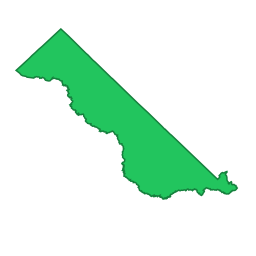 Poptún, Petén, Guatemala, rotated 224°
{"feature_id": "79465075B98225728966625", "entity_name": "Poptún", "entity_type": "district", "adm_level": 2, "iso_a3": "GTM", "parent_name": "Guatemala", "parent_adm1": "Petén", "projection": "robinson", "projection_center": [-89.691, 16.335], "detail": "fine", "context": "isolated", "style": "filled", "palette": "green", "viewbox_px": 256, "rotation_deg": 224, "n_neighbors": 0, "source": "geoboundaries", "source_scale": "gbopen_adm2", "svg_char_len": 5773}
<svg xmlns="http://www.w3.org/2000/svg" viewBox="0 0 256 256"><g transform="rotate(224 128 128)"><path d="M106.7,98.0L106.7,98.3L106.2,98.6L105.3,98.2L105.0,98.5L104.5,98.0L104.6,97.7L104.1,97.4L104.5,97.1L103.8,96.7L103.8,96.1L103.0,95.9L103.0,95.5L103.5,95.4L103.2,94.9L102.6,95.4L102.4,95.3L102.4,94.1L101.8,94.8L101.6,94.8L101.4,94.5L101.7,94.0L101.2,93.6L101.0,94.0L100.8,93.5L100.6,93.7L100.6,93.0L99.7,92.7L99.3,93.2L98.6,93.1L98.4,92.6L98.7,92.0L97.4,90.6L96.9,91.1L95.6,91.0L95.3,91.4L94.7,91.5L93.1,91.3L92.1,91.8L90.8,91.3L90.3,92.5L89.7,91.8L89.2,91.6L87.6,92.9L86.9,93.0L86.3,92.4L86.1,92.6L86.4,93.2L85.4,93.3L85.0,93.8L84.2,94.0L83.2,93.9L82.6,93.4L82.1,93.8L81.4,93.7L80.9,94.0L80.0,93.6L79.6,93.7L79.5,92.4L79.1,92.4L78.9,92.6L76.4,91.2L75.0,91.5L74.9,92.0L74.1,92.1L73.9,91.6L72.4,91.9L71.9,92.1L71.7,92.7L71.4,92.8L71.3,92.3L70.5,92.2L68.9,94.2L68.1,94.0L67.4,94.7L67.0,94.6L66.0,95.2L65.3,94.8L64.7,95.1L64.3,94.9L63.7,95.0L63.2,96.5L62.6,96.4L62.8,97.2L62.6,98.0L62.1,98.0L61.4,97.0L60.9,97.7L61.3,98.0L61.2,98.3L60.5,98.7L60.3,99.2L59.2,99.0L59.2,99.9L58.7,100.4L58.4,101.2L58.3,100.7L57.7,100.5L57.4,101.3L57.2,101.4L56.8,100.7L56.6,100.7L55.8,101.6L55.4,101.3L54.5,101.6L53.6,101.2L53.4,101.4L53.5,101.8L52.8,101.9L52.9,103.5L52.6,103.6L52.2,103.1L51.4,103.5L51.5,104.0L52.1,103.7L51.9,104.5L51.0,104.8L51.2,105.2L51.5,105.0L51.7,105.3L51.4,105.6L51.6,106.3L51.4,106.4L51.3,106.0L51.1,105.9L50.8,106.4L51.0,106.9L50.8,107.2L50.4,107.6L49.9,107.5L50.0,108.4L50.5,108.3L51.0,108.7L50.8,109.2L51.2,109.9L50.4,110.8L50.5,111.9L50.1,112.4L50.4,112.8L49.7,114.0L50.0,115.5L49.6,115.5L49.4,114.9L49.3,115.0L48.3,118.6L47.1,118.9L46.7,119.4L46.5,120.2L45.2,121.3L44.7,122.4L44.1,123.1L43.6,122.9L42.9,123.0L42.7,123.8L42.9,124.4L42.9,125.0L42.6,125.6L42.1,125.9L41.1,125.6L40.4,127.0L39.4,127.2L38.7,128.4L38.4,128.5L38.1,128.2L37.9,130.3L37.7,130.4L37.0,130.3L36.7,130.9L36.4,131.1L35.7,130.9L35.3,131.2L34.8,131.1L34.4,130.4L33.5,130.0L32.1,130.1L31.5,129.8L31.1,130.1L31.4,130.5L31.2,130.7L29.6,130.1L28.3,130.6L28.4,131.0L28.1,131.9L28.5,132.3L29.0,135.4L29.3,135.7L30.6,135.5L30.5,136.5L30.7,137.2L30.2,137.7L30.1,138.7L30.3,139.2L30.1,139.6L28.8,139.9L28.5,140.3L27.7,140.4L27.4,140.8L26.6,140.9L26.5,141.4L25.8,141.2L25.7,140.9L25.4,140.9L24.9,141.8L24.3,142.1L24.2,142.7L23.1,143.5L22.3,143.7L22.0,144.4L21.3,144.6L21.3,145.4L20.8,146.1L20.3,146.0L19.7,146.7L19.0,146.6L18.2,147.3L17.8,147.1L17.9,146.8L17.0,147.1L15.6,146.9L15.0,148.1L14.4,148.2L13.9,147.7L13.3,147.8L13.2,148.5L12.5,148.3L11.0,149.2L10.2,150.4L9.8,150.5L9.6,152.6L9.8,153.4L9.3,154.0L9.3,154.8L9.6,155.1L9.5,155.6L8.5,156.4L7.7,157.5L7.5,158.7L7.7,160.7L8.5,160.7L8.8,161.0L9.4,160.7L10.4,161.6L11.6,160.9L12.6,161.0L13.5,159.7L14.1,159.5L15.9,161.0L16.4,161.1L16.6,160.5L16.5,157.9L17.2,157.8L17.7,158.8L18.9,158.7L20.5,159.2L22.6,161.2L23.9,162.0L24.5,162.1L25.3,162.0L26.1,163.3L26.0,164.7L26.6,165.4L26.9,165.0L26.9,164.4L27.4,164.0L27.6,162.5L28.1,162.0L28.9,161.8L29.5,160.5L29.5,159.4L29.3,159.0L29.4,157.1L29.2,156.9L28.4,156.9L27.8,156.2L27.7,155.8L28.0,154.5L27.8,153.9L27.8,153.3L91.8,153.0L93.6,152.8L100.6,152.9L100.8,152.6L104.9,152.8L124.3,152.9L137.8,152.6L173.8,152.7L174.1,152.5L197.2,152.6L200.8,152.4L207.7,152.7L209.9,152.5L233.9,152.8L245.1,152.6L246.5,126.4L246.9,122.6L247.1,117.2L247.4,113.6L247.4,109.8L248.5,91.7L243.8,92.2L242.0,91.9L240.1,92.4L237.2,94.3L236.0,94.4L230.7,98.3L230.4,98.6L230.6,99.6L229.9,100.3L229.7,101.1L229.4,101.5L228.6,101.8L227.6,102.8L226.7,102.9L226.0,102.5L225.2,103.7L224.8,103.8L224.7,105.0L222.6,105.7L222.0,105.7L221.6,105.2L220.5,105.1L219.9,105.5L219.3,105.7L219.1,106.1L218.5,106.2L217.6,106.9L216.9,107.8L216.9,108.7L217.0,109.1L216.6,110.1L217.2,110.9L217.1,112.0L216.7,111.6L216.3,111.5L215.3,112.9L214.4,113.1L213.8,113.8L213.4,113.6L212.9,113.9L212.8,114.3L211.9,114.6L211.7,115.2L210.7,115.0L209.4,115.1L208.0,116.1L207.8,116.0L207.4,115.2L205.3,114.2L204.9,113.5L204.1,114.2L203.5,113.9L202.8,115.5L202.2,114.9L200.7,116.1L199.9,115.2L199.3,115.6L198.7,114.7L197.5,114.9L197.1,114.8L197.2,114.3L198.1,113.0L198.1,112.6L196.3,112.7L195.5,111.8L194.5,111.9L194.5,110.2L194.1,109.6L193.1,109.2L192.4,109.3L192.1,109.6L191.2,109.2L190.8,109.4L190.6,110.7L190.4,110.8L189.9,110.5L189.0,110.3L189.2,109.6L189.0,109.1L188.0,108.8L186.5,109.0L185.9,107.9L186.0,106.6L185.9,105.9L185.1,105.8L185.2,104.9L185.8,104.7L185.9,104.3L185.3,104.3L184.9,103.8L184.4,103.7L183.5,104.3L182.6,103.1L181.1,103.3L179.9,103.1L178.9,103.8L178.7,104.3L178.4,104.4L177.9,103.9L177.1,104.2L177.1,103.4L176.8,103.0L173.6,102.5L173.4,102.9L174.0,103.7L174.0,104.2L173.7,104.3L173.1,103.2L172.4,103.0L172.1,104.1L170.8,105.2L170.7,106.0L170.1,106.3L169.8,106.9L169.5,106.9L167.9,105.7L166.7,105.6L166.0,105.2L164.9,105.0L164.2,105.4L163.9,105.1L163.5,103.5L162.4,103.3L161.6,103.5L160.4,103.3L158.5,104.3L157.6,105.4L157.2,105.1L157.0,104.3L154.7,104.7L154.3,105.0L153.9,105.8L153.6,106.0L153.0,106.0L152.8,105.8L152.3,105.9L151.7,106.6L149.6,107.1L148.6,106.9L148.0,107.6L147.2,107.7L146.4,106.0L145.9,106.5L145.4,106.2L145.0,106.5L144.9,107.3L143.3,108.8L142.5,108.6L141.1,109.9L140.5,109.8L140.1,109.1L139.6,109.2L139.3,109.5L139.2,110.7L138.4,111.5L138.2,112.4L137.2,114.2L137.2,114.8L136.2,115.2L135.0,115.1L132.9,114.4L132.3,114.9L131.5,114.8L130.6,115.5L130.3,114.4L129.2,114.4L128.8,114.0L128.4,113.3L126.9,112.7L125.2,112.5L124.7,111.5L123.9,111.4L123.1,110.8L122.6,110.9L121.9,112.0L121.4,112.4L120.6,111.6L118.5,111.5L118.0,111.1L117.6,110.3L116.8,110.3L116.5,110.0L116.2,108.9L115.4,108.0L115.4,106.9L114.2,106.1L113.5,104.6L112.4,104.3L111.6,103.3L109.6,103.0L108.8,103.3L108.2,102.9L108.1,102.6L107.3,101.6L107.4,100.5L107.9,99.7L107.8,98.3L107.6,98.1L106.7,98.0Z" fill="#22c55e" stroke="#15803d" stroke-width="1.5"/></g></svg>